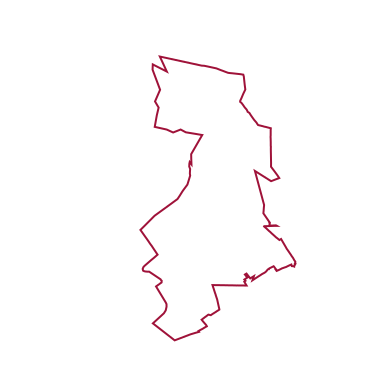 Cuilápam de Guerrero, Oaxaca, Mexico (orthographic projection), rotated 49°
{"feature_id": "50627088B62006503401579", "entity_name": "Cuilápam de Guerrero", "entity_type": "district", "adm_level": 2, "iso_a3": "MEX", "parent_name": "Mexico", "parent_adm1": "Oaxaca", "projection": "orthographic", "projection_center": [-96.785, 17.003], "detail": "fine", "context": "isolated", "style": "outline", "palette": "rose", "viewbox_px": 384, "rotation_deg": 49, "n_neighbors": 0, "source": "geoboundaries", "source_scale": "gbopen_adm2", "svg_char_len": 4620}
<svg xmlns="http://www.w3.org/2000/svg" viewBox="0 0 384 384"><g transform="rotate(49 192 192)"><path d="M195.6,90.7L192.1,93.1L191.2,93.7L190.2,94.5L189.9,94.7L188.6,95.5L188.1,95.9L187.2,96.5L186.5,97.0L186.1,97.3L184.8,98.2L184.2,98.1L183.6,98.1L182.8,98.0L182.1,97.8L181.8,97.8L181.4,97.8L180.0,97.8L178.3,97.8L175.1,97.5L172.4,97.2L171.8,97.1L170.0,96.8L168.9,97.1L168.0,97.4L167.6,97.2L165.7,96.7L162.6,96.7L160.9,96.5L160.2,96.4L157.4,96.2L155.5,96.5L154.8,95.8L153.6,93.1L153.1,92.1L151.4,88.6L150.2,85.8L149.6,84.5L145.4,81.7L138.8,77.1L137.1,76.3L135.4,77.7L134.8,78.2L128.3,84.2L127.4,85.1L125.7,86.6L123.7,87.7L120.5,89.4L119.3,90.1L114.7,92.5L107.2,98.1L104.6,100.1L103.1,101.7L68.7,127.4L84.6,132.0L79.9,133.9L70.0,137.9L73.8,141.5L93.9,149.0L99.4,160.5L106.4,161.8L111.0,168.2L118.4,177.4L128.3,170.1L134.7,167.2L137.4,159.6L142.9,157.5L151.2,150.6L155.0,147.5L155.7,146.9L162.9,167.8L166.6,170.9L169.7,173.4L170.8,174.3L167.9,174.1L168.8,175.3L169.2,175.7L171.0,177.4L173.4,178.3L175.4,180.3L176.8,181.6L178.4,182.6L183.4,190.6L184.9,197.4L185.1,198.2L185.4,199.3L186.7,203.5L187.6,206.8L187.8,207.6L187.4,212.3L187.2,214.9L185.4,235.6L185.4,236.0L185.5,237.6L186.4,249.7L186.6,252.8L186.8,255.8L195.8,256.7L197.0,256.8L200.8,257.2L203.0,257.5L205.1,257.7L205.8,257.7L210.3,258.3L216.7,259.1L216.7,264.5L216.6,267.5L216.6,270.3L216.6,273.9L216.6,274.6L216.6,275.2L216.6,275.8L216.6,276.3L216.7,277.2L216.8,278.0L217.3,278.9L217.7,279.7L218.5,280.1L219.3,280.5L220.3,280.1L221.2,279.5L222.6,278.2L224.0,276.6L237.3,273.0L238.1,273.2L239.1,273.1L239.8,273.8L240.3,274.3L240.0,277.7L239.7,281.1L258.2,284.3L259.9,284.8L261.9,286.5L264.1,289.5L265.1,292.8L265.5,307.7L292.6,302.4L298.4,286.6L300.7,281.5L302.2,278.4L301.7,278.3L301.2,278.3L301.6,276.2L301.7,275.8L302.2,273.8L302.4,272.4L302.6,271.3L302.8,270.2L303.0,269.3L303.1,268.9L302.8,268.8L302.3,268.7L301.6,268.6L296.8,268.6L294.7,268.5L294.8,267.4L294.8,266.2L294.9,265.9L294.9,265.3L294.9,265.0L295.0,263.9L295.1,263.4L295.1,262.3L295.2,261.9L295.2,261.4L295.2,261.1L295.2,260.9L295.3,260.1L295.5,259.9L295.8,259.7L296.4,259.3L297.1,258.8L297.2,258.7L297.3,258.6L297.3,258.3L297.4,257.7L297.4,257.4L297.5,256.9L297.5,256.7L297.7,255.4L297.8,255.2L297.8,254.7L297.9,254.1L298.0,253.6L298.1,253.0L298.1,252.6L298.2,252.4L298.2,251.8L298.3,251.2L298.4,250.8L298.5,250.0L298.7,248.5L298.5,248.3L298.1,248.1L297.5,247.8L289.6,243.5L285.5,241.8L284.8,241.4L284.2,241.2L283.9,241.1L283.5,240.9L283.1,240.8L282.7,240.6L282.3,240.4L282.0,240.3L280.6,239.7L279.9,239.4L279.3,239.1L278.0,238.6L275.7,237.6L277.2,235.9L278.5,234.5L279.1,233.8L279.6,233.2L280.4,232.3L280.7,232.0L283.1,229.3L283.7,228.6L284.0,228.3L285.7,226.4L286.8,225.2L288.0,223.8L289.0,222.7L291.1,220.4L291.3,220.2L292.5,218.8L294.2,216.9L295.4,215.5L296.3,214.5L297.1,213.7L297.9,212.8L298.4,212.2L294.0,211.4L294.1,209.9L292.4,209.9L292.9,206.4L289.0,206.2L289.3,204.4L295.4,204.7L296.1,200.5L298.3,204.3L298.8,200.6L299.3,197.1L299.7,194.6L299.8,193.5L300.0,192.5L300.2,191.5L300.3,191.3L300.3,191.2L300.5,190.3L300.6,189.5L300.6,188.2L300.3,186.3L300.2,185.9L300.4,184.0L300.5,184.0L300.4,183.7L301.6,179.1L302.6,179.1L303.4,179.2L303.7,179.2L304.5,179.3L305.4,179.3L305.3,179.7L307.1,179.9L307.3,179.3L307.5,178.6L307.7,178.1L307.9,177.3L308.2,176.2L308.5,175.0L308.7,174.1L308.8,173.9L309.1,173.2L309.7,171.6L310.3,170.3L310.3,170.2L311.2,166.8L311.7,165.2L311.8,164.9L311.9,164.6L313.4,165.3L314.1,164.6L314.5,164.2L315.3,163.8L315.1,163.6L314.7,162.8L314.6,162.5L314.1,161.2L313.6,161.5L313.2,160.8L312.8,160.1L312.5,159.8L312.1,159.7L311.1,159.6L310.8,159.6L309.4,159.3L308.5,159.1L308.1,159.0L305.7,158.8L304.0,158.5L303.7,158.5L297.7,157.8L297.1,157.8L295.4,157.4L285.9,155.6L285.6,157.5L282.8,158.0L281.8,158.2L281.5,158.3L278.6,158.6L278.3,158.7L277.9,158.7L277.1,158.8L275.7,159.0L273.2,159.2L272.2,159.4L271.2,159.5L270.2,159.6L268.1,159.8L265.9,160.1L265.3,160.2L265.2,159.9L265.6,159.4L265.8,159.2L268.5,155.9L271.8,151.8L273.3,150.1L273.0,150.2L272.7,150.3L272.5,150.5L272.2,150.6L272.0,150.8L271.9,151.0L271.6,151.3L271.5,151.5L271.4,151.6L271.1,152.0L270.8,152.3L270.7,152.5L270.3,153.0L268.1,155.6L267.4,154.8L266.8,154.0L266.2,153.4L265.7,153.7L265.3,153.3L254.9,152.1L253.1,150.2L251.3,148.4L249.1,146.1L217.4,130.7L235.7,125.2L238.7,117.0L235.6,116.6L230.8,116.2L224.8,115.8L222.1,113.4L215.9,108.2L213.5,106.2L212.2,105.1L210.8,103.9L209.5,102.7L209.4,102.7L208.5,102.0L206.2,100.0L205.6,99.5L203.9,98.1L202.7,97.1L202.1,96.7L201.3,95.9L201.2,95.8L200.8,95.4L200.1,94.8L197.7,92.7L197.1,92.2L195.6,90.7Z" fill="none" stroke="#9f1239" stroke-width="2"/></g></svg>